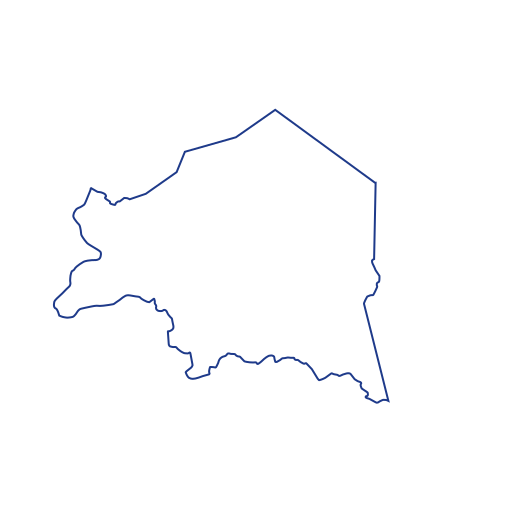 the district of La Virtud, Lempira, Honduras, rotated 116°
{"feature_id": "27666195B16098778662068", "entity_name": "La Virtud", "entity_type": "district", "adm_level": 2, "iso_a3": "HND", "parent_name": "Honduras", "parent_adm1": "Lempira", "projection": "mercator", "projection_center": [-88.659, 14.074], "detail": "fine", "context": "isolated", "style": "outline", "palette": "blue", "viewbox_px": 512, "rotation_deg": 116, "n_neighbors": 0, "source": "geoboundaries", "source_scale": "gbopen_adm2", "svg_char_len": 6123}
<svg xmlns="http://www.w3.org/2000/svg" viewBox="0 0 512 512"><g transform="rotate(116 256 256)"><path d="M328.2,73.5L251.6,138.0L251.0,138.2L250.1,138.3L248.0,138.4L244.5,138.3L243.7,138.2L243.3,137.9L241.3,136.1L240.6,135.1L239.9,133.8L239.6,133.6L239.3,133.5L235.5,133.4L231.1,133.5L230.7,133.6L230.1,133.8L229.2,134.7L228.7,134.9L228.3,135.1L227.7,135.3L227.2,135.3L226.7,135.1L226.3,134.9L225.7,134.4L225.2,134.2L224.4,134.3L223.0,134.8L221.2,135.6L219.8,136.3L216.4,142.2L214.4,144.5L211.7,147.9L210.8,148.8L209.7,149.5L209.2,149.7L208.7,149.6L207.7,149.1L207.0,148.5L137.7,180.6L138.0,181.1L116.2,302.8L158.1,326.1L193.5,365.6L215.4,364.1L248.4,382.3L260.4,394.4L260.4,395.9L260.5,397.1L261.0,398.4L261.6,399.9L266.5,402.3L266.8,402.6L267.1,403.3L267.3,403.6L267.8,404.1L268.3,404.4L269.4,404.9L269.9,405.1L270.6,405.1L271.3,405.0L271.6,405.0L271.9,405.2L272.1,405.6L272.5,407.6L272.7,409.1L272.7,409.8L272.6,410.1L272.4,410.4L271.5,410.8L271.1,411.3L270.7,414.7L270.5,416.0L270.2,416.8L270.0,417.1L269.6,417.3L269.3,417.3L268.8,417.0L268.4,416.9L268.1,417.0L267.7,417.2L267.4,417.5L266.9,418.2L266.7,418.7L266.5,419.4L266.5,421.0L266.7,423.1L267.1,424.5L267.7,426.2L267.8,426.9L267.3,433.9L267.6,434.0L267.8,434.1L269.3,433.7L270.4,433.6L280.7,432.9L283.5,432.8L284.9,432.9L285.7,433.2L287.9,434.5L289.3,435.5L290.9,436.9L291.8,437.5L292.5,437.9L293.3,438.1L295.3,438.4L296.9,438.5L298.6,438.2L300.0,437.8L300.9,437.2L301.3,436.7L302.0,435.9L303.2,433.7L304.3,431.5L305.3,428.9L305.9,427.9L307.2,426.7L309.7,424.8L313.0,422.7L313.7,422.1L314.3,421.3L315.5,419.4L316.8,417.0L318.3,413.8L318.5,413.1L318.8,411.6L319.1,408.8L319.8,400.9L320.0,399.4L320.4,397.8L320.7,397.3L321.1,396.9L322.2,396.2L323.4,395.8L324.9,395.4L326.5,395.4L327.4,395.7L328.1,396.2L329.0,397.0L329.8,398.1L331.8,401.9L334.0,405.3L335.6,407.3L336.4,408.1L337.2,408.7L340.6,410.8L344.0,412.5L346.0,413.2L347.6,413.4L348.4,413.6L349.0,413.9L350.0,414.6L350.6,414.8L351.4,414.8L352.3,414.7L353.7,414.4L355.0,414.1L357.4,413.2L359.3,412.4L360.2,411.9L361.4,411.1L362.1,410.7L363.2,410.4L364.3,410.3L365.3,410.5L369.0,411.9L374.5,413.7L381.5,416.4L383.9,417.1L384.8,417.2L385.6,417.2L386.9,416.8L388.3,416.3L389.4,415.7L390.1,415.1L390.5,414.6L390.8,414.1L390.9,413.6L391.0,412.4L391.4,411.5L392.1,410.5L393.2,409.2L395.8,406.7L395.7,404.8L395.5,403.1L395.1,401.5L394.6,399.8L394.2,398.7L393.7,397.8L392.5,395.9L391.3,394.3L390.5,393.6L389.4,393.1L387.2,392.5L384.3,392.1L383.2,391.9L381.6,391.3L380.9,390.9L380.0,390.0L377.1,386.4L373.3,381.5L371.7,379.3L370.5,377.3L369.3,374.4L367.5,371.3L364.5,366.8L361.9,363.2L361.2,362.6L358.6,361.2L355.3,359.3L351.9,357.7L350.6,356.9L348.9,355.8L348.0,354.8L347.3,353.7L346.6,351.8L345.1,346.6L344.3,344.3L344.0,343.2L344.0,342.6L344.0,342.2L344.5,340.8L344.7,339.7L344.9,337.4L344.9,334.2L344.7,333.1L344.4,332.1L344.3,331.7L344.0,331.5L339.6,329.3L339.3,329.1L339.2,328.9L339.2,328.7L339.4,328.5L340.5,327.5L341.2,327.0L342.4,326.5L342.9,326.2L343.3,325.7L343.9,324.6L344.5,323.9L345.2,323.5L346.4,323.2L346.9,322.8L347.5,322.3L347.8,321.6L348.0,320.9L348.1,320.0L347.9,319.0L347.5,318.0L347.0,317.0L346.6,316.4L345.9,315.8L345.1,315.4L344.7,314.9L344.5,314.4L344.4,313.6L344.6,312.8L344.9,312.1L345.5,311.3L346.5,310.1L347.2,309.0L348.4,306.3L348.9,304.6L349.3,304.0L351.6,302.3L355.2,299.5L356.2,299.0L357.2,298.7L358.2,298.8L358.8,299.0L359.3,299.2L360.4,299.9L361.3,300.6L361.8,301.2L362.2,302.0L362.4,302.0L362.7,302.0L373.1,296.0L374.0,295.4L374.6,294.6L374.8,294.1L374.9,293.6L374.6,292.1L374.2,290.6L373.8,289.9L373.2,288.8L373.0,288.0L373.2,287.1L373.7,286.0L374.0,285.0L374.6,282.2L374.8,280.2L374.8,278.2L374.5,277.1L373.6,274.9L373.3,274.4L373.0,274.1L371.9,273.4L371.8,273.0L371.9,272.7L372.3,272.3L373.6,271.3L381.3,265.6L381.8,265.3L382.2,265.1L382.8,265.1L383.6,265.1L384.8,265.4L389.4,267.6L390.6,268.1L391.1,268.2L391.3,268.2L391.7,267.8L392.4,267.1L393.6,265.6L394.5,264.0L394.9,262.7L394.8,261.9L394.8,261.1L394.4,259.7L394.0,258.8L392.7,256.8L390.5,254.3L387.3,251.2L383.4,246.8L382.9,246.3L382.5,246.2L382.1,246.2L380.8,247.3L379.4,247.9L377.8,248.3L376.1,248.6L375.8,248.4L375.4,247.6L374.6,245.7L374.1,243.9L373.9,243.5L373.6,243.3L373.4,243.2L372.4,243.1L370.2,243.1L368.8,243.1L367.0,243.4L365.8,243.5L364.7,243.4L363.7,243.2L362.6,242.7L361.6,242.1L361.0,241.6L360.0,240.5L359.1,239.6L358.1,239.2L356.5,238.8L356.1,238.6L355.8,238.3L355.4,237.5L354.9,235.3L354.5,234.5L353.8,233.0L353.5,232.0L353.6,231.4L354.1,230.2L354.2,229.3L354.1,228.1L353.6,226.7L353.6,226.1L355.7,220.4L355.7,219.9L355.3,218.1L354.3,215.0L353.2,212.4L352.2,210.5L351.7,209.6L351.7,209.2L351.7,208.9L351.9,208.5L352.3,207.9L352.4,207.5L352.3,207.2L352.2,207.0L351.7,206.6L350.5,205.9L348.6,205.0L345.0,203.6L342.4,202.3L340.6,201.1L340.0,200.6L339.5,199.9L338.7,198.7L338.4,197.8L338.3,196.7L338.4,196.0L338.6,195.6L338.9,195.3L340.7,194.0L342.3,192.6L342.6,192.3L342.6,191.8L342.1,190.9L341.1,190.2L338.9,188.7L336.9,187.8L336.3,187.3L335.1,185.3L333.4,183.1L333.1,182.5L332.2,180.0L331.0,177.6L331.0,177.2L331.0,176.9L331.8,176.1L332.0,175.4L331.9,174.5L331.3,173.4L331.1,172.6L331.3,171.5L331.7,169.8L331.8,168.9L331.9,166.3L331.8,165.8L331.6,165.3L331.3,165.0L330.8,164.6L330.6,164.3L330.4,163.9L330.5,163.5L333.2,156.2L339.2,146.8L339.7,145.6L339.9,145.0L339.7,144.5L338.5,143.2L337.1,141.9L335.2,140.4L334.5,140.0L328.8,137.0L328.4,136.7L328.2,136.2L328.2,135.1L328.1,134.2L327.2,130.9L327.2,130.2L327.4,129.1L327.2,128.4L326.6,127.7L325.4,126.7L324.5,126.0L322.0,123.3L321.4,122.5L321.0,121.8L320.7,121.1L320.5,120.4L320.5,119.7L320.7,119.0L323.5,113.3L323.9,109.8L323.8,108.7L323.6,107.1L323.7,106.5L323.8,106.1L324.1,105.8L324.4,105.6L325.6,105.6L326.5,105.2L327.4,104.4L328.5,103.2L328.7,102.9L328.9,101.9L329.7,96.1L330.0,95.6L331.1,94.9L331.7,94.6L332.1,94.5L332.6,94.5L333.1,94.7L333.4,95.1L333.7,95.5L334.1,95.7L334.4,95.7L334.7,95.6L335.0,95.3L335.0,95.1L335.1,94.0L334.8,92.3L334.7,91.2L335.0,84.8L335.0,83.6L334.9,83.2L334.6,82.7L334.1,82.1L332.3,81.0L331.3,80.2L330.3,79.4L329.5,78.6L328.9,77.2L328.4,76.0L328.2,74.8L328.2,73.5Z" fill="none" stroke="#1e3a8a" stroke-width="2"/></g></svg>